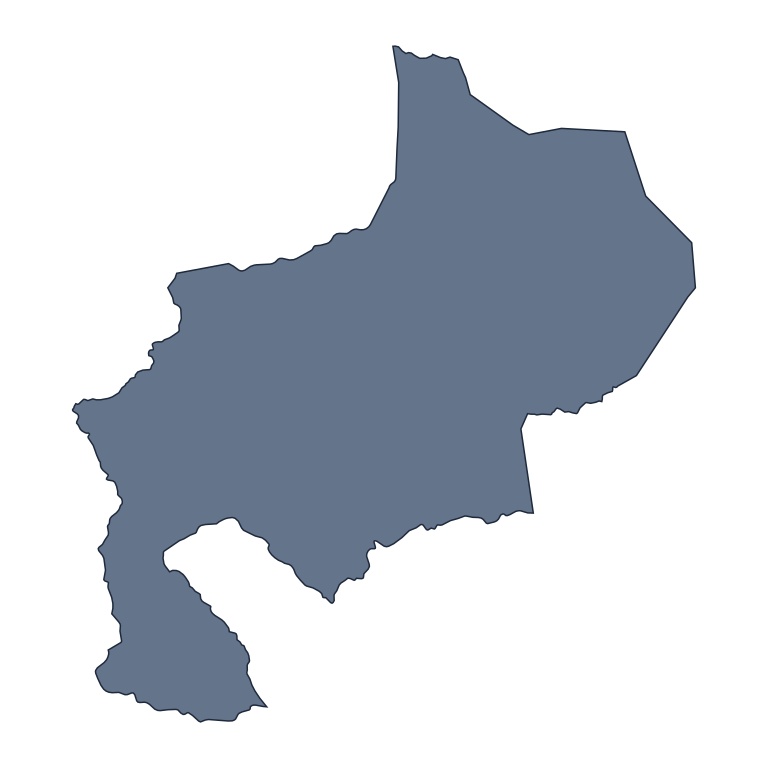 Cololaca, Lempira, Honduras
{"feature_id": "27666195B2519536680444", "entity_name": "Cololaca", "entity_type": "district", "adm_level": 2, "iso_a3": "HND", "parent_name": "Honduras", "parent_adm1": "Lempira", "projection": "mercator", "projection_center": [-88.919, 14.306], "detail": "fine", "context": "isolated", "style": "filled", "palette": "slate", "viewbox_px": 768, "rotation_deg": 0, "n_neighbors": 0, "source": "geoboundaries", "source_scale": "gbopen_adm2", "svg_char_len": 6073}
<svg xmlns="http://www.w3.org/2000/svg" viewBox="0 0 768 768"><path d="M624.8,131.8L561.4,128.4L528.9,134.6L512.8,125.1L470.2,94.6L465.6,77.8L463.3,72.7L458.2,59.7L450.0,57.1L445.5,58.6L440.5,57.6L432.7,54.4L431.7,55.8L426.1,58.2L419.7,58.3L414.5,55.4L411.4,53.1L408.6,52.6L405.9,53.5L402.1,50.9L398.6,46.9L395.1,46.1L392.9,46.3L398.7,82.5L398.2,127.0L397.0,148.8L395.8,178.5L395.3,180.2L394.4,181.7L390.7,184.6L389.6,186.1L388.9,188.1L370.5,224.4L368.8,226.8L366.2,228.8L363.4,229.7L360.3,229.8L356.2,229.1L354.0,229.4L351.7,230.5L348.5,232.9L346.7,233.6L339.2,233.4L336.5,233.9L333.8,235.9L331.1,240.5L328.7,242.8L326.5,243.7L320.5,245.3L315.0,245.8L313.8,246.8L312.2,249.6L310.7,250.8L296.6,258.6L293.6,259.7L289.6,260.0L282.4,258.4L279.9,258.4L278.2,259.2L275.2,262.2L272.5,263.6L270.1,264.1L256.5,264.8L254.0,265.2L250.6,266.4L245.1,270.1L242.6,270.9L240.8,270.9L238.8,270.2L233.4,266.2L228.6,263.6L176.7,273.3L175.0,278.3L167.8,287.8L172.7,297.6L173.8,303.1L174.8,304.0L177.2,305.0L179.0,306.3L180.2,307.7L180.8,309.1L181.3,318.2L181.0,319.8L178.9,325.3L179.2,330.7L178.0,332.2L170.8,337.1L169.0,338.1L164.4,339.8L162.3,341.6L161.2,341.9L158.2,341.8L155.1,342.3L153.8,342.9L152.5,343.9L152.3,344.8L153.3,348.1L153.3,349.5L152.8,349.9L150.7,350.0L149.7,350.4L148.9,351.5L148.5,353.1L148.8,355.6L151.7,356.6L153.0,358.8L153.9,361.0L153.6,363.0L151.6,365.7L150.7,369.0L149.6,369.6L142.9,370.1L137.7,372.0L135.4,374.9L135.2,376.5L134.8,377.3L134.1,377.7L131.5,378.2L130.4,378.8L128.4,381.9L125.9,383.8L125.2,385.5L122.0,387.8L118.9,392.8L112.3,396.9L108.2,398.4L100.4,399.8L96.3,399.8L92.8,398.9L87.9,400.6L84.9,399.4L83.6,399.4L78.8,403.9L77.6,404.3L75.8,403.7L74.2,406.4L74.0,407.6L72.6,409.6L72.7,410.5L73.2,411.2L77.4,414.0L78.5,415.5L78.5,417.9L76.8,421.7L76.6,423.1L78.3,425.1L80.5,429.5L82.0,430.9L84.9,432.6L86.8,433.2L88.4,433.0L89.4,433.8L89.4,434.5L88.1,436.5L88.2,437.8L93.3,445.5L96.7,455.0L99.0,460.4L100.3,462.3L100.6,466.1L101.2,467.9L102.9,470.2L108.1,474.7L108.2,475.7L106.6,478.3L106.5,479.2L107.8,480.0L112.9,480.9L114.8,482.2L116.6,486.3L117.7,491.2L117.7,494.5L118.3,495.4L121.2,498.1L121.9,499.5L122.3,501.5L122.2,503.5L120.4,505.8L119.4,508.8L118.7,510.1L116.4,512.8L111.7,516.5L110.2,518.4L109.7,519.8L109.3,523.7L107.9,525.4L107.5,526.6L108.5,532.6L108.2,535.2L105.0,539.9L102.5,544.4L99.0,547.3L98.2,548.7L98.7,550.6L102.6,555.5L103.9,558.4L105.5,570.2L103.8,579.5L104.2,580.3L105.0,581.0L108.0,582.1L108.4,582.6L108.0,586.4L108.2,588.3L111.7,597.4L112.9,603.7L112.9,608.2L111.8,613.8L118.7,621.9L120.1,624.0L120.4,625.7L120.0,631.2L121.6,640.8L121.4,641.9L120.6,642.7L108.2,650.0L108.7,652.0L108.7,654.1L107.9,657.0L106.7,659.6L104.1,662.6L97.5,667.7L95.7,670.4L95.5,671.6L95.8,673.4L97.7,678.3L101.0,685.4L103.7,689.2L106.1,691.1L108.8,692.2L112.1,692.7L118.9,692.4L125.0,694.7L127.4,694.6L131.6,693.0L132.9,692.9L133.8,693.5L134.8,694.8L136.7,700.8L137.9,702.1L139.9,702.5L144.5,702.2L146.8,702.7L149.6,704.4L154.7,709.1L157.7,710.4L160.2,710.6L168.1,709.7L176.0,709.4L177.9,709.9L180.9,713.1L183.1,714.4L184.7,714.3L187.5,712.7L188.5,712.7L192.6,715.5L198.6,721.0L200.5,721.9L205.4,720.0L208.5,719.5L228.4,721.0L232.4,720.8L234.4,720.0L235.6,719.0L238.0,714.4L239.1,713.3L242.1,711.9L249.3,709.9L250.1,709.0L250.4,706.7L252.0,705.5L253.7,705.1L255.6,705.1L263.2,706.5L266.7,706.8L259.9,698.4L254.9,690.9L251.9,685.1L249.9,679.1L247.1,674.1L246.8,672.6L247.3,670.0L247.2,665.4L247.6,664.1L249.1,662.0L249.5,660.7L248.8,655.8L247.7,652.8L245.5,649.7L244.1,646.0L243.5,645.5L241.9,645.1L239.9,641.9L237.0,639.7L236.9,635.9L236.2,633.9L234.9,633.1L229.3,631.7L228.9,629.1L228.4,627.7L224.3,622.2L221.8,619.9L214.8,615.4L212.4,613.3L211.2,611.6L210.6,609.9L210.4,608.4L210.8,606.7L210.6,606.2L203.8,602.4L201.9,600.9L200.7,598.7L200.2,594.5L199.2,593.6L195.3,591.4L192.2,587.8L189.7,586.4L189.0,583.4L188.3,581.7L185.4,577.3L183.2,574.6L179.1,571.5L176.2,570.5L172.6,570.4L169.6,571.8L165.1,565.9L164.0,563.9L163.0,558.0L163.4,555.2L163.4,552.2L163.9,551.3L179.5,540.6L184.0,538.8L190.2,535.1L195.5,533.1L196.3,532.2L197.5,529.2L198.6,527.4L199.7,526.3L201.3,525.4L205.5,524.5L216.5,523.8L219.2,521.7L222.4,520.0L225.0,518.8L227.9,518.0L232.4,517.5L235.1,518.3L238.4,521.3L241.6,528.0L243.6,530.3L255.3,536.0L262.1,537.8L265.5,540.2L269.1,544.3L269.1,545.3L268.2,547.6L268.2,549.1L269.5,551.9L271.7,554.8L274.8,557.7L278.4,560.2L282.4,561.9L284.4,563.2L289.2,564.5L291.5,566.0L293.6,568.9L295.4,573.5L296.7,575.7L300.5,580.3L304.9,585.0L306.5,586.0L313.0,587.9L319.4,591.4L321.7,593.6L322.9,597.3L323.6,597.6L325.8,597.7L330.6,602.6L332.0,603.2L333.2,602.4L334.2,600.5L334.0,595.7L334.3,594.2L336.8,590.7L339.2,585.0L341.0,583.0L344.9,580.5L347.8,578.2L350.2,578.5L354.1,580.3L355.0,580.0L356.5,578.3L361.4,578.7L362.6,578.4L363.4,577.8L363.9,573.7L368.1,569.2L369.4,566.5L369.2,564.2L366.6,556.3L366.8,553.7L368.0,551.1L369.8,549.3L371.2,548.7L374.6,548.7L375.3,548.3L375.4,547.1L374.0,542.1L374.2,541.1L374.6,540.8L375.6,540.8L377.1,541.4L384.2,546.2L386.4,546.7L388.5,546.3L393.7,543.7L401.8,537.7L409.3,530.6L416.2,527.8L420.7,524.6L421.9,524.5L423.2,525.1L426.0,529.1L427.2,530.0L428.1,529.9L431.2,528.1L434.3,529.0L435.1,528.5L436.7,525.7L437.5,524.9L440.4,525.2L442.1,524.9L450.5,520.6L458.0,518.5L464.8,516.0L466.5,516.1L472.7,517.3L478.3,517.5L481.0,518.0L483.1,519.3L486.4,523.2L487.7,523.6L494.5,521.9L496.6,520.9L498.5,519.1L500.7,515.0L502.9,513.9L504.0,514.1L505.8,515.5L507.2,515.6L509.9,514.6L515.9,511.3L518.8,510.7L520.6,510.8L527.7,512.9L533.3,513.1L520.9,428.9L527.6,413.7L531.3,414.2L534.4,414.2L536.8,414.9L542.2,414.1L550.7,414.7L551.5,414.3L552.2,412.8L554.0,411.6L556.1,408.8L557.2,408.1L560.3,409.2L564.8,412.1L568.7,411.6L572.8,412.9L576.4,413.6L577.4,413.0L580.1,407.8L585.6,402.7L586.7,402.6L590.7,403.3L595.6,402.3L599.1,401.0L601.8,401.6L602.3,399.2L602.4,396.3L602.8,395.2L607.7,392.8L612.3,391.4L612.7,389.7L612.7,387.9L613.1,387.0L613.8,386.9L615.5,387.5L616.7,387.2L617.9,386.0L636.4,375.6L687.8,297.0L695.4,287.8L691.7,242.7L645.7,196.1L624.8,131.8Z" fill="#64748b" stroke="#1e293b" stroke-width="1.5"/></svg>